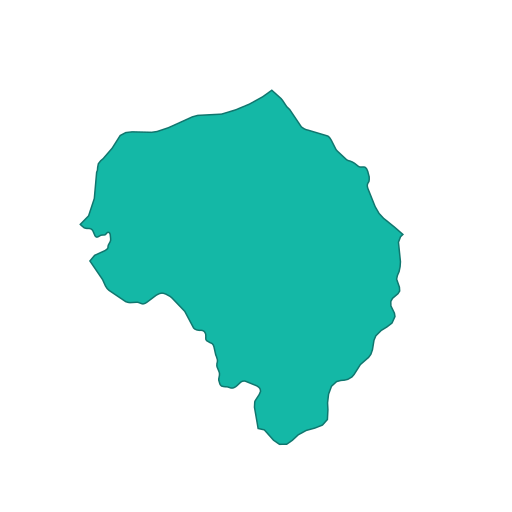 outline of Phetchaburi, rotated 235°
{"feature_id": "THA-419", "entity_name": "Phetchaburi", "entity_type": "Province", "adm_level": 1, "iso_a3": "THA", "parent_name": "Thailand", "parent_adm1": "", "projection": "mercator", "projection_center": [99.57, 12.939], "detail": "fine", "context": "isolated", "style": "filled", "palette": "teal", "viewbox_px": 512, "rotation_deg": 235, "n_neighbors": 0, "source": "natural_earth", "source_scale": "10m", "svg_char_len": 2932}
<svg xmlns="http://www.w3.org/2000/svg" viewBox="0 0 512 512"><g transform="rotate(235 256 256)"><path d="M189.4,388.7L188.9,385.5L185.6,380.6L168.4,371.0L164.6,367.9L161.2,364.3L158.9,360.6L156.4,357.9L148.2,355.6L144.9,353.6L143.7,350.7L143.0,343.5L141.4,340.3L137.8,337.9L129.8,336.6L126.7,335.1L123.1,329.0L122.8,322.6L123.2,315.8L121.9,308.4L119.3,304.3L112.4,297.6L109.6,293.7L108.4,290.2L107.2,279.2L102.7,268.4L101.9,265.2L102.3,260.5L103.6,257.2L105.4,254.1L106.9,250.0L106.0,243.1L101.2,236.2L94.7,230.4L88.8,226.7L81.1,220.7L79.4,213.5L81.3,205.5L84.3,197.1L85.3,188.1L84.2,180.1L84.2,173.2L88.3,167.2L95.0,164.7L108.8,163.1L113.5,158.8L119.4,161.6L133.0,168.0L137.2,171.3L137.9,172.3L140.7,179.2L142.5,182.1L144.1,182.9L145.5,183.2L146.9,183.0L148.1,182.6L149.3,182.1L159.2,175.7L160.1,175.0L160.7,174.0L161.2,173.0L161.4,171.7L161.3,170.3L160.7,166.0L160.6,164.5L160.7,163.1L161.0,161.7L161.5,160.7L162.3,159.7L165.0,157.7L165.8,156.8L166.6,155.7L167.7,154.5L169.2,153.2L170.6,152.9L171.9,153.0L175.7,154.3L176.7,155.0L179.1,157.5L180.0,158.2L180.9,158.8L182.1,159.3L187.5,160.5L188.6,161.0L190.4,162.4L191.1,163.3L192.1,164.2L193.2,164.9L196.6,166.0L198.1,166.3L205.8,169.5L207.9,170.0L209.5,169.8L211.7,168.5L215.0,167.0L216.4,167.1L217.6,167.8L218.8,168.7L220.7,169.9L222.4,170.3L223.9,170.3L225.1,169.8L226.0,169.1L226.8,168.2L227.4,167.2L228.3,166.2L229.4,165.1L231.4,163.9L232.9,163.6L251.5,165.9L269.8,163.1L272.1,162.5L276.5,160.3L278.3,159.0L279.2,158.1L279.8,157.2L280.3,156.1L280.7,154.8L281.1,151.9L280.7,139.9L280.8,138.4L281.1,137.1L281.6,135.9L282.4,135.1L285.3,133.1L286.2,132.3L289.9,126.3L290.6,125.4L291.4,124.6L293.3,123.1L312.1,115.9L314.7,115.4L317.8,115.5L324.7,116.8L347.2,117.1L349.1,124.2L347.0,135.6L347.1,138.2L347.8,139.7L348.9,140.4L349.8,141.6L351.2,144.5L352.3,146.0L353.8,147.0L357.2,148.9L358.7,149.3L359.8,149.0L360.4,148.1L360.4,146.9L360.1,145.9L359.9,144.8L360.3,143.7L361.6,141.7L362.0,140.6L362.3,137.8L362.7,136.5L363.6,135.9L364.8,135.7L370.1,136.8L371.5,136.8L372.7,136.4L373.7,135.7L374.4,134.9L375.8,133.0L376.9,132.0L377.7,131.4L381.3,130.4L382.7,130.2L384.9,141.9L395.8,156.5L416.0,173.5L417.1,175.2L419.5,177.2L422.0,179.8L423.1,183.4L423.4,186.6L426.8,200.0L432.6,213.9L431.8,220.1L428.7,225.8L417.2,241.4L414.7,246.4L411.3,257.9L406.5,283.6L404.6,288.9L392.0,309.1L387.4,323.1L384.2,337.7L382.6,352.7L382.7,364.0L370.7,366.8L368.3,367.0L360.8,366.8L356.6,367.6L335.7,367.2L332.6,368.4L330.9,369.4L329.7,370.4L328.9,371.1L313.5,383.3L312.5,383.9L310.5,384.2L307.8,384.1L297.3,382.6L295.3,382.8L283.0,385.4L281.5,386.1L279.8,387.5L277.8,388.8L275.4,389.9L270.7,391.3L269.6,391.9L268.8,392.8L267.5,394.8L266.8,395.7L265.8,396.4L263.9,396.6L261.3,396.1L255.9,394.1L253.7,392.6L252.3,391.3L251.3,389.1L250.6,388.2L249.7,387.4L248.6,386.9L247.3,386.4L228.1,381.9L220.3,381.2L213.7,382.1L200.3,386.0L189.4,388.7Z" fill="#14b8a6" stroke="#0f766e" stroke-width="1.5"/></g></svg>